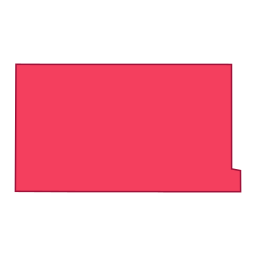 Sargent, North Dakota, United States of America (Natural Earth projection)
{"feature_id": "52423323B99155111830377", "entity_name": "Sargent", "entity_type": "district", "adm_level": 2, "iso_a3": "USA", "parent_name": "United States of America", "parent_adm1": "North Dakota", "projection": "natural_earth1", "projection_center": [-97.554, 46.109], "detail": "fine", "context": "isolated", "style": "filled", "palette": "rose", "viewbox_px": 256, "rotation_deg": 0, "n_neighbors": 0, "source": "geoboundaries", "source_scale": "gbopen_adm2", "svg_char_len": 371}
<svg xmlns="http://www.w3.org/2000/svg" viewBox="0 0 256 256"><path d="M225.4,64.4L44.1,64.4L16.0,64.3L15.4,191.3L21.5,191.4L23.8,191.4L29.6,191.4L79.9,191.6L82.1,191.6L105.3,191.6L149.8,191.6L156.6,191.6L164.5,191.7L167.4,191.7L214.5,191.7L216.4,191.7L240.6,191.7L240.5,170.6L231.6,168.9L231.5,64.5L225.4,64.4Z" fill="#f43f5e" stroke="#9f1239" stroke-width="1.5"/></svg>